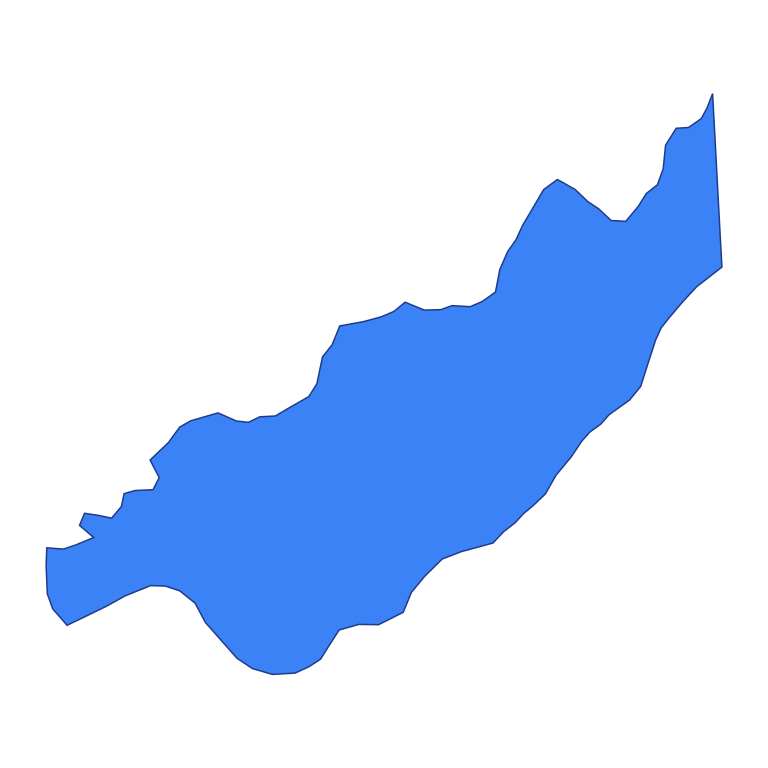 the district of Ivatuba, Paraná, Brazil
{"feature_id": "56859067B29429577410082", "entity_name": "Ivatuba", "entity_type": "district", "adm_level": 2, "iso_a3": "BRA", "parent_name": "Brazil", "parent_adm1": "Paraná", "projection": "albers", "projection_center": [-52.183, -23.588], "detail": "fine", "context": "isolated", "style": "filled", "palette": "blue", "viewbox_px": 768, "rotation_deg": 0, "n_neighbors": 0, "source": "geoboundaries", "source_scale": "gbopen_adm2", "svg_char_len": 1438}
<svg xmlns="http://www.w3.org/2000/svg" viewBox="0 0 768 768"><path d="M46.8,547.8L46.1,565.4L47.3,593.8L52.8,609.0L67.1,625.3L83.9,617.2L107.3,605.8L124.6,596.1L150.6,585.6L165.3,586.1L179.7,590.8L195.1,603.2L205.5,622.6L237.1,658.4L252.5,668.6L272.4,674.4L295.1,673.1L309.3,666.5L320.6,659.1L327.3,648.4L339.1,630.0L358.9,624.4L378.6,624.7L403.2,612.3L411.4,592.4L424.4,576.6L442.2,559.0L461.4,551.6L478.8,546.9L493.0,543.0L503.6,531.7L515.2,522.7L523.3,513.8L533.7,505.1L545.5,493.8L555.9,475.4L571.5,456.5L581.9,441.0L590.1,431.8L600.7,424.2L609.1,414.7L629.6,400.0L640.7,386.4L646.9,366.9L655.6,340.1L661.2,327.8L669.1,317.8L683.4,301.0L696.9,286.5L721.9,267.1L712.6,93.6L707.1,107.8L701.3,118.6L688.5,127.5L676.2,128.3L665.6,145.1L663.2,168.8L657.4,184.8L646.3,193.5L638.3,206.3L625.8,221.3L611.1,220.5L598.8,208.9L587.8,201.6L575.2,189.5L557.4,179.5L543.7,189.5L533.1,207.6L522.7,225.2L515.9,239.9L507.7,251.5L499.8,269.6L495.5,292.0L482.4,301.4L470.2,306.7L452.1,305.6L441.0,309.6L424.4,310.1L405.1,302.2L394.0,311.4L381.0,316.9L363.2,321.7L339.8,325.9L332.1,344.8L322.5,356.9L316.9,383.7L308.8,396.6L289.0,407.9L275.3,416.0L259.9,416.8L248.3,422.3L236.3,421.0L218.0,412.9L190.7,420.8L179.7,427.1L168.4,442.6L150.1,460.0L159.2,477.6L153.0,489.7L135.1,490.5L124.1,493.6L121.4,506.5L111.6,518.1L98.5,515.4L84.6,513.3L79.5,525.4L93.7,537.5L75.9,544.9L63.4,549.1L46.8,547.8Z" fill="#3b82f6" stroke="#1e3a8a" stroke-width="1.5"/></svg>